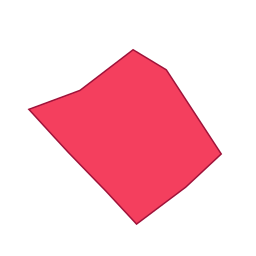 map outline of Anibare (Mercator projection), rotated 309°
{"feature_id": "NRU-4981", "entity_name": "Anibare", "entity_type": "state/province", "adm_level": 1, "iso_a3": "NRU", "parent_name": "Nauru", "parent_adm1": "", "projection": "mercator", "projection_center": [166.944, -0.519], "detail": "fine", "context": "isolated", "style": "filled", "palette": "rose", "viewbox_px": 256, "rotation_deg": 309, "n_neighbors": 0, "source": "natural_earth", "source_scale": "10m", "svg_char_len": 325}
<svg xmlns="http://www.w3.org/2000/svg" viewBox="0 0 256 256"><g transform="rotate(309 128 128)"><path d="M192.0,82.7L197.3,121.2L166.5,216.8L118.5,210.1L58.7,195.1L62.7,167.0L65.1,150.3L66.7,136.6L69.4,114.2L71.5,96.9L74.3,77.7L80.1,39.2L127.0,67.0L192.0,82.7Z" fill="#f43f5e" stroke="#9f1239" stroke-width="1.5"/></g></svg>